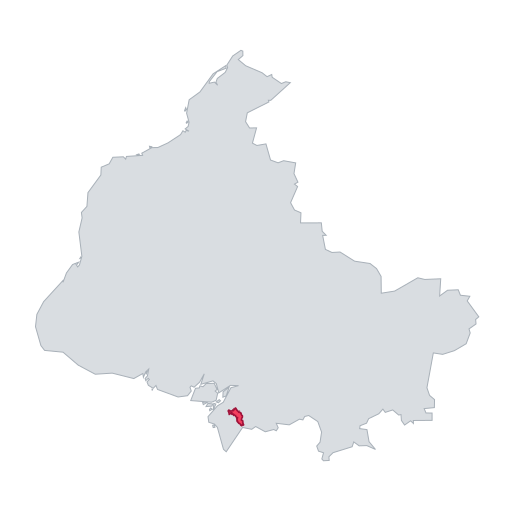 Pedra Branca do Amapari, Amapá, Brazil shown in context, rotated 179°
{"feature_id": "56859067B11147941217560", "entity_name": "Pedra Branca do Amapari", "entity_type": "district", "adm_level": 2, "iso_a3": "BRA", "parent_name": "Brazil", "parent_adm1": "Amapá", "projection": "albers", "projection_center": [-52.393, 1.236], "detail": "fine", "context": "in_parent", "style": "filled", "palette": "rose", "viewbox_px": 512, "rotation_deg": 179, "n_neighbors": 0, "source": "geoboundaries", "source_scale": "gbopen_adm2", "svg_char_len": 6998}
<svg xmlns="http://www.w3.org/2000/svg" viewBox="0 0 512 512"><g transform="rotate(179 256 256)"><path d="M116.1,94.5L122.0,99.7L129.5,97.4L131.8,100.7L136.0,96.1L146.2,91.4L148.4,86.9L154.9,84.5L155.4,81.6L148.1,80.5L146.2,68.3L139.9,60.5L148.5,64.5L156.2,64.4L161.5,68.4L163.2,63.6L182.4,58.0L186.6,54.0L186.4,50.3L192.1,50.1L193.7,51.9L191.9,58.1L196.9,59.8L198.6,64.9L195.2,68.7L193.5,78.8L197.1,89.4L206.1,95.6L210.1,94.7L212.0,91.3L215.4,92.1L225.7,86.6L238.7,88.4L236.8,83.9L238.8,80.9L241.3,82.2L249.8,80.1L259.3,85.5L263.3,82.8L272.4,84.8L289.2,60.8L291.9,63.3L297.6,85.3L300.5,88.7L306.1,90.6L306.8,96.2L297.2,106.8L291.3,110.3L283.4,124.7L275.7,126.7L283.8,127.1L295.6,119.8L297.9,129.1L301.2,131.9L313.4,128.7L309.8,139.1L314.6,130.8L320.2,125.9L323.0,127.3L324.3,125.9L323.1,122.1L326.9,117.5L336.4,116.4L356.8,124.3L358.3,128.3L361.1,125.5L365.9,128.6L367.2,132.0L364.8,134.4L365.9,135.6L368.4,133.3L369.0,135.5L366.7,137.9L365.2,144.9L368.4,142.0L370.7,136.7L371.2,140.5L380.3,135.6L401.8,141.4L418.8,140.6L435.7,150.0L450.6,163.2L469.0,165.3L472.6,170.1L477.7,189.2L476.1,201.5L469.1,214.1L449.5,234.8L449.4,233.1L445.8,242.4L439.6,250.6L436.7,251.8L434.5,248.2L432.7,250.1L430.1,258.7L432.7,283.1L429.2,297.1L429.8,302.6L424.2,308.5L422.9,322.3L409.7,339.7L409.2,347.5L401.2,350.7L397.4,357.2L386.9,357.5L384.6,355.1L383.8,357.8L367.6,358.6L368.4,360.8L358.2,366.2L352.4,366.1L342.1,370.6L329.3,378.7L326.9,382.5L324.6,381.0L323.7,382.7L320.8,382.0L324.6,384.3L321.6,386.7L320.6,390.9L322.9,400.0L320.1,413.4L309.2,421.0L295.7,438.9L282.9,446.9L282.6,444.3L291.7,441.0L299.6,431.2L299.8,429.5L294.5,430.6L291.4,427.4L293.0,430.5L291.6,434.2L283.6,440.1L281.1,444.8L281.8,447.4L275.8,456.4L267.5,461.9L265.6,461.1L265.6,456.6L270.3,452.7L263.0,446.4L246.7,439.1L241.8,435.1L237.1,437.2L236.7,434.4L227.6,428.0L223.2,429.7L218.7,428.7L238.5,411.4L240.9,411.5L240.4,409.8L262.2,399.3L264.1,390.5L260.2,384.1L253.2,384.1L257.6,368.9L253.2,366.5L244.1,367.9L239.8,351.7L232.3,348.8L226.7,350.8L214.7,348.4L216.6,337.7L212.8,329.1L216.3,327.2L213.2,324.7L220.5,308.7L216.7,301.3L210.3,298.4L210.9,288.3L190.1,288.0L189.4,279.6L185.5,275.5L189.0,275.4L186.5,261.4L180.0,258.2L171.9,258.5L157.5,249.1L142.1,246.5L135.7,241.3L131.3,233.4L131.4,216.6L118.0,218.5L94.6,231.4L87.7,229.6L71.7,230.0L73.1,212.8L65.1,218.4L54.4,218.7L52.3,213.2L42.9,212.0L45.6,207.4L34.3,191.3L37.5,188.7L37.2,184.2L44.3,179.4L43.2,175.3L47.4,164.6L59.3,157.9L71.1,154.4L80.4,156.0L87.4,121.3L84.9,113.6L80.0,109.3L80.3,101.3L90.5,100.5L88.8,96.1L82.7,95.9L82.8,88.6L101.6,88.8L101.5,85.8L104.3,88.5L110.4,84.4L113.5,89.1L113.8,94.9L116.1,94.5ZM302.9,110.6L323.8,112.6L318.8,124.8L315.0,125.1L314.3,127.2L311.3,126.2L307.9,129.4L300.0,129.4L297.2,123.2L299.2,121.7L296.7,119.5L298.4,112.4L302.9,110.6ZM285.1,125.4L288.3,116.6L291.6,115.4L291.3,120.8L285.1,125.4ZM308.6,106.3L306.6,109.5L301.9,108.8L302.6,106.7L308.6,106.3ZM301.5,102.7L300.7,109.4L298.7,108.7L301.5,102.7ZM311.9,110.5L308.9,110.9L307.6,110.3L311.3,108.3L311.9,110.5ZM298.3,110.8L295.3,113.0L294.0,111.8L296.2,109.9L298.3,110.8ZM303.9,104.9L302.5,103.5L305.0,102.1L305.2,103.4L303.9,104.9ZM302.3,87.5L300.5,87.8L300.1,85.4L301.8,85.2L302.3,87.5ZM323.7,405.6L323.0,403.7L324.5,402.0L324.9,402.5L323.7,405.6ZM360.1,365.4L360.6,367.6L358.4,367.1L360.1,365.4ZM322.5,392.2L321.6,391.1L323.0,389.9L323.5,390.4L322.5,392.2ZM367.9,140.5L366.6,143.1L367.9,139.5L367.9,140.5ZM435.5,252.2L433.4,252.9L434.8,251.0L435.5,252.2ZM373.5,359.4L371.3,360.1L370.8,359.7L372.2,358.7L373.5,359.4ZM432.1,256.7L431.3,258.0L430.8,257.2L432.1,256.7ZM362.2,123.3L362.3,124.6L361.7,124.4L362.2,123.3Z" fill="#d9dde1" stroke="#a8b0b8" stroke-width="1"/><path d="M277.8,93.6L277.9,93.4L278.0,93.2L277.9,93.1L277.9,92.9L277.7,92.9L277.8,92.7L277.7,92.6L277.7,92.4L277.7,92.2L277.8,92.0L277.5,91.8L277.5,91.7L277.8,91.5L277.7,91.4L277.7,91.2L277.4,91.0L277.3,90.9L277.3,90.7L277.2,90.6L277.0,90.4L276.9,90.3L276.9,90.2L277.0,90.2L276.9,90.1L277.0,90.0L276.9,89.9L276.7,89.7L276.7,89.8L276.5,89.6L276.3,89.4L276.2,89.3L276.2,89.2L275.9,89.2L275.7,89.0L275.8,88.9L275.6,88.7L275.4,88.6L275.2,88.6L275.1,88.4L274.9,88.3L274.7,88.3L274.5,88.1L274.4,87.7L274.4,87.4L274.3,87.2L274.2,87.1L273.9,86.9L273.6,86.7L273.4,86.6L273.2,86.5L273.0,86.8L273.1,87.2L272.8,87.5L272.8,87.4L272.6,87.5L272.4,87.4L272.2,87.4L271.9,87.1L271.6,87.1L271.4,87.2L271.3,87.4L271.3,87.6L271.4,87.8L271.5,87.9L271.5,88.0L271.7,88.5L271.8,88.6L272.0,88.8L272.0,89.0L271.9,89.1L271.8,89.3L271.9,89.5L272.1,89.6L272.3,90.1L272.2,90.3L272.0,90.7L272.0,91.0L272.2,91.4L272.2,91.6L272.3,91.8L272.5,91.8L272.9,91.8L273.1,91.8L273.3,91.9L273.4,92.0L273.5,92.2L273.5,92.4L273.4,92.9L273.4,93.1L273.3,93.3L273.2,93.7L272.9,94.1L272.9,94.3L272.8,94.5L272.7,94.6L272.8,94.9L272.8,95.0L272.7,95.1L272.4,95.1L272.3,95.8L272.3,96.0L272.4,96.6L272.7,96.7L272.9,97.0L273.1,97.0L273.2,97.5L273.3,97.6L273.4,97.8L273.4,98.0L273.5,98.5L273.9,98.5L274.0,98.7L273.9,98.9L273.8,99.1L273.8,99.3L273.9,99.5L274.0,99.5L274.1,99.4L274.3,99.4L274.5,99.5L274.8,99.7L274.7,100.0L274.8,100.1L275.0,100.1L275.4,100.0L275.6,100.0L275.8,100.0L275.7,100.2L275.8,100.4L275.9,100.6L276.1,100.6L276.2,100.8L276.3,100.9L276.2,101.0L276.3,101.0L276.5,101.0L276.8,101.2L277.0,101.2L277.2,101.5L277.3,101.5L277.5,101.7L277.6,101.8L277.5,102.0L277.8,102.2L277.8,102.4L277.9,102.5L278.0,102.8L278.3,102.9L278.4,103.0L278.5,103.1L278.5,103.3L278.5,103.6L278.7,103.8L278.9,103.9L278.8,104.1L279.1,104.3L279.3,104.4L279.5,104.2L279.7,103.7L279.9,103.7L280.1,103.4L280.3,103.0L280.5,102.8L280.6,102.7L280.7,102.8L280.7,102.7L280.9,102.7L281.0,102.6L281.1,102.4L281.2,102.2L281.3,102.2L281.5,102.2L281.9,102.3L281.9,102.2L282.0,102.0L282.0,101.9L282.0,101.7L282.2,101.8L282.3,101.9L282.5,101.8L282.8,101.6L283.0,101.6L283.4,101.5L283.6,101.5L284.0,101.5L284.3,101.5L284.5,101.4L284.6,101.5L284.8,101.8L284.9,101.7L285.1,101.7L285.4,101.6L285.4,101.8L285.4,102.0L285.5,102.1L285.8,101.9L286.0,102.0L285.9,102.2L285.9,102.4L286.0,102.4L286.3,102.0L286.2,101.9L286.3,101.8L286.3,101.6L286.5,101.5L286.5,101.3L286.4,101.1L286.3,100.8L286.1,100.7L286.0,100.3L285.9,100.2L285.9,99.9L285.6,99.6L285.6,99.4L285.4,99.3L285.3,99.2L285.0,99.1L285.1,98.8L285.3,98.7L285.5,98.5L285.7,98.4L285.6,98.2L285.4,98.4L285.1,98.3L284.9,98.6L284.2,98.8L284.1,99.0L284.0,99.3L283.8,99.7L283.7,99.7L283.6,99.8L283.4,99.7L283.1,99.5L282.9,99.7L282.7,99.6L282.6,99.4L282.7,99.2L282.7,98.9L282.7,98.6L282.9,98.5L282.9,98.3L283.0,98.3L282.9,98.1L282.6,98.1L282.4,98.0L282.2,98.0L281.8,98.1L281.6,98.0L281.4,98.1L281.4,97.9L281.2,97.9L281.1,98.0L281.0,97.8L281.0,97.7L280.9,97.8L280.8,97.7L280.9,97.4L281.0,97.4L280.9,97.3L280.7,97.4L280.4,97.4L280.2,97.3L280.0,97.2L279.9,97.0L279.9,96.9L279.7,96.7L279.4,96.4L279.2,96.5L279.2,96.4L279.2,96.2L279.1,95.9L278.9,95.8L278.8,95.7L278.7,95.5L278.5,95.4L278.4,95.2L278.2,95.1L278.2,94.9L277.6,94.8L277.7,94.7L277.8,94.6L277.8,94.3L278.0,94.1L278.1,93.9L277.9,93.6L277.8,93.6Z" fill="#f43f5e" stroke="#9f1239" stroke-width="1.5"/></g></svg>